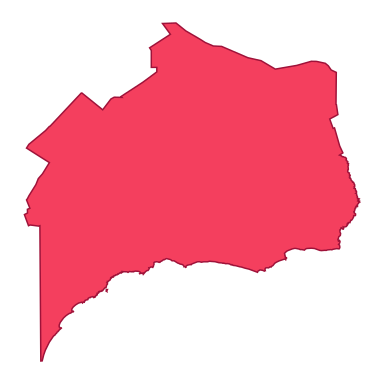 Ravensthorpe, Western Australia, Australia
{"feature_id": "25037944B73720065991414", "entity_name": "Ravensthorpe", "entity_type": "district", "adm_level": 2, "iso_a3": "AUS", "parent_name": "Australia", "parent_adm1": "Western Australia", "projection": "orthographic", "projection_center": [120.16, -33.684], "detail": "fine", "context": "isolated", "style": "filled", "palette": "rose", "viewbox_px": 384, "rotation_deg": 0, "n_neighbors": 0, "source": "geoboundaries", "source_scale": "gbopen_adm2", "svg_char_len": 5953}
<svg xmlns="http://www.w3.org/2000/svg" viewBox="0 0 384 384"><path d="M176.0,23.0L162.5,23.5L170.4,34.3L149.6,47.8L151.3,50.5L151.3,67.4L156.8,67.4L156.8,71.9L142.9,82.2L121.0,96.5L121.9,97.4L114.2,97.2L110.9,99.0L102.7,109.8L81.9,93.0L81.2,93.1L49.9,126.4L49.4,126.4L45.6,130.5L28.9,144.3L26.5,148.1L49.4,162.6L42.5,173.8L38.3,178.6L35.9,184.6L28.9,195.8L27.5,198.6L26.5,199.9L29.9,208.3L27.4,209.3L27.5,213.0L24.4,214.6L28.5,225.7L30.2,225.0L38.7,226.1L39.9,225.7L40.8,361.0L42.2,360.9L43.7,354.9L45.4,350.1L49.3,342.2L53.6,335.9L54.7,335.3L55.9,333.7L56.6,333.2L57.1,332.1L57.9,331.7L58.2,331.3L58.2,331.1L58.7,330.8L59.0,330.2L61.4,328.1L61.3,327.9L59.9,327.8L59.7,327.2L59.2,326.9L59.2,325.1L60.2,322.5L63.6,317.9L66.1,315.6L69.0,313.6L70.8,313.0L72.4,311.9L73.4,311.8L73.5,311.6L73.1,311.1L71.9,310.9L71.8,310.3L71.8,309.5L72.2,308.4L73.3,306.9L75.6,304.9L78.5,303.1L81.7,302.2L82.3,302.3L82.5,303.0L82.8,302.8L82.8,303.0L82.9,302.6L83.6,302.0L84.3,302.2L84.4,301.4L84.9,301.1L85.1,300.4L85.6,300.3L86.2,299.9L86.9,299.9L86.8,300.2L87.5,299.5L87.9,299.5L88.2,298.3L89.7,297.5L90.1,297.7L90.8,297.1L92.7,296.6L93.4,297.3L93.5,297.0L94.3,297.3L94.4,297.0L94.7,297.3L95.0,297.2L96.0,295.4L96.5,295.0L96.6,295.3L97.1,295.0L97.3,294.6L97.1,293.5L97.3,293.5L97.3,293.3L98.2,293.2L98.6,292.9L98.5,291.9L98.8,291.6L99.5,291.4L99.8,291.8L100.4,291.3L101.3,291.3L102.0,290.5L102.5,290.8L104.7,288.0L105.2,287.9L105.3,287.7L106.0,287.7L106.7,285.0L107.5,284.0L107.3,283.1L107.0,282.8L107.5,282.6L107.4,281.7L107.7,281.8L107.8,281.4L108.7,281.1L108.9,280.6L110.2,279.9L110.5,278.7L111.1,278.4L111.2,278.0L110.9,277.6L113.0,276.4L113.4,276.4L113.6,276.8L113.9,276.5L113.7,276.6L114.0,276.1L113.8,275.9L114.0,275.6L115.1,275.6L115.1,276.0L115.6,274.9L117.0,274.8L117.4,274.4L117.4,274.6L118.5,274.0L120.4,272.5L120.8,272.5L120.7,273.0L121.1,273.1L121.9,271.7L122.2,272.3L122.8,271.8L122.9,272.0L123.7,271.7L127.1,271.8L128.0,272.4L129.4,271.5L131.7,271.8L132.1,271.6L132.7,271.8L133.1,271.5L133.4,271.8L135.2,271.1L138.0,271.3L139.4,271.6L140.1,272.1L140.4,272.5L139.9,273.2L140.1,273.2L140.0,273.6L141.8,273.1L142.2,273.1L142.4,273.6L143.6,273.0L143.6,273.9L145.6,271.6L146.9,270.6L148.0,270.5L148.6,269.8L149.2,268.7L148.9,267.8L149.5,267.9L150.8,267.0L152.1,267.0L152.3,267.4L152.8,267.4L152.8,267.1L153.4,266.4L153.3,266.0L154.0,264.5L153.9,262.7L154.4,262.2L156.5,261.7L158.3,262.0L159.1,262.4L159.9,261.9L160.1,262.1L161.3,261.0L161.6,261.1L162.9,260.3L163.1,259.9L163.9,259.5L164.5,259.7L165.8,258.8L166.6,258.6L170.2,259.5L171.0,259.9L172.0,260.8L174.1,260.8L177.8,263.1L178.6,263.3L179.9,264.0L182.6,264.6L183.8,265.9L184.0,266.8L185.6,266.6L185.7,267.3L186.0,267.2L185.9,266.3L187.4,265.2L190.9,264.4L191.1,264.7L192.0,263.9L197.4,261.8L199.4,261.7L201.4,262.2L203.7,261.8L207.5,261.8L209.9,261.2L210.7,261.4L215.1,261.7L218.9,262.7L221.7,262.9L223.1,263.3L223.6,263.1L225.7,263.7L227.5,263.6L229.5,263.9L230.7,264.7L231.6,264.9L231.6,264.6L232.1,264.6L233.2,265.4L235.8,265.7L239.8,266.8L241.3,267.0L245.1,268.2L248.9,269.1L257.5,272.3L257.8,271.4L258.7,270.6L259.3,270.5L260.0,269.9L262.5,270.3L264.4,271.1L264.7,270.8L265.3,270.7L265.0,269.8L265.2,268.5L265.6,268.0L267.0,267.7L268.3,267.9L268.9,267.7L269.7,267.0L270.6,266.9L271.0,267.1L271.2,266.6L273.0,265.5L274.7,263.3L276.4,262.2L279.1,260.9L283.9,259.3L285.1,259.1L285.7,259.7L286.0,258.6L286.6,258.0L286.4,257.6L285.3,257.5L285.2,255.9L284.8,255.6L284.9,254.8L284.5,253.3L286.5,251.4L287.6,250.7L292.3,248.9L294.4,248.4L295.7,248.4L299.3,249.1L300.2,249.6L302.0,249.6L304.5,250.1L305.4,249.1L306.7,248.5L311.3,248.2L314.5,248.5L319.8,250.4L321.5,250.6L324.8,250.3L326.2,250.4L327.5,249.9L330.9,249.6L331.9,249.8L333.0,249.3L336.7,248.6L339.1,248.9L339.8,247.8L339.8,246.4L339.4,244.9L338.6,244.5L339.8,242.8L340.0,241.3L339.4,240.3L339.1,240.4L339.5,240.9L338.8,241.2L338.6,241.2L338.4,240.7L337.6,240.6L338.0,240.5L338.3,240.2L337.9,239.3L338.2,239.1L338.8,236.7L340.2,235.6L340.4,235.2L340.3,234.7L340.5,234.4L340.6,233.3L340.0,232.2L339.8,230.7L340.1,230.4L340.0,229.8L340.3,229.7L340.9,228.5L340.9,228.0L341.3,227.8L341.9,228.5L342.8,228.5L343.0,229.2L343.4,229.1L343.6,228.5L343.2,228.1L343.2,226.9L343.7,227.2L346.3,226.5L347.0,225.6L346.9,225.2L347.3,225.2L347.7,224.6L347.4,223.6L348.2,223.5L348.1,222.9L348.3,222.6L349.9,222.7L350.8,220.2L351.6,220.2L352.8,218.6L353.4,217.1L353.7,216.8L353.6,215.8L353.9,215.5L355.3,215.6L355.5,215.4L355.6,214.0L354.1,212.7L354.3,212.1L353.9,211.7L354.7,210.7L354.6,210.0L355.0,209.4L355.0,208.3L355.7,208.0L355.7,207.0L356.8,206.7L356.4,206.5L356.4,206.1L357.2,206.0L357.5,205.4L357.2,205.0L357.3,204.7L357.9,203.9L358.5,203.4L358.8,202.5L359.6,202.1L359.3,201.9L359.4,201.5L358.6,201.8L358.3,201.1L357.8,200.9L358.3,200.4L358.9,200.7L358.4,199.7L358.8,199.5L358.7,199.0L359.1,198.8L358.8,198.6L357.5,198.7L357.5,197.7L357.2,197.3L357.4,196.4L356.7,195.4L356.7,194.2L356.3,193.4L355.9,193.3L356.5,192.8L356.5,191.4L355.7,190.9L355.9,190.4L355.5,190.0L355.3,188.6L354.2,188.2L354.5,187.9L354.3,187.2L354.1,186.9L354.7,186.5L354.7,184.8L354.3,184.5L354.2,183.8L353.5,182.3L352.6,182.2L352.5,181.4L351.3,180.5L350.7,178.5L349.8,178.1L350.0,177.6L349.4,177.1L350.1,175.9L350.1,175.6L349.8,175.5L350.1,175.2L349.2,173.9L349.1,173.4L349.3,173.0L348.1,172.3L347.7,171.6L347.8,169.9L348.3,169.7L348.3,168.8L348.0,166.2L348.5,165.0L348.0,164.0L348.4,163.5L347.3,163.0L347.8,161.7L347.3,161.2L346.3,160.5L346.4,159.8L346.1,159.3L346.4,158.7L345.8,157.7L345.1,157.3L344.3,157.3L343.4,156.7L342.2,156.7L341.6,155.9L339.5,155.1L342.9,152.9L339.7,146.0L334.5,127.9L333.1,128.4L329.7,119.0L337.9,114.6L336.4,104.6L336.0,104.4L336.3,72.4L331.2,70.0L328.3,65.8L325.3,63.3L316.5,61.4L311.3,61.3L296.8,65.4L275.3,69.1L261.1,60.7L247.8,57.7L221.6,46.4L213.3,46.0L205.2,42.5L200.5,39.5L185.8,30.9L176.0,23.0ZM106.4,291.3L106.8,291.5L106.7,291.2L107.4,289.6L106.3,289.7L106.2,290.5L106.5,291.2L106.4,291.3Z" fill="#f43f5e" stroke="#9f1239" stroke-width="1.5"/></svg>